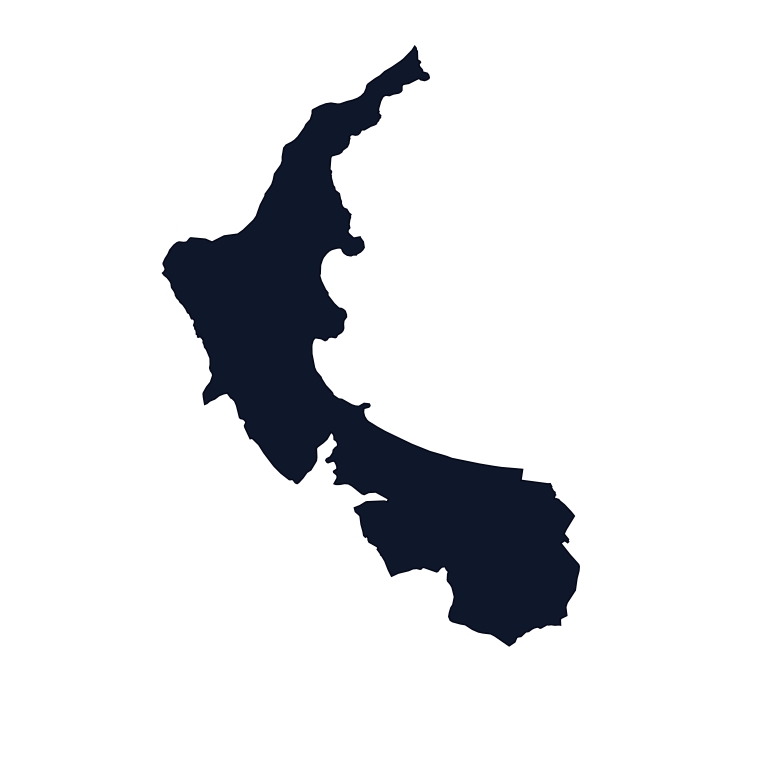 Lien Chieu, Đà Nẵng, Vietnam, rotated 335°
{"feature_id": "81297802B84719552891507", "entity_name": "Lien Chieu", "entity_type": "district", "adm_level": 2, "iso_a3": "VNM", "parent_name": "Vietnam", "parent_adm1": "Đà Nẵng", "projection": "albers", "projection_center": [108.134, 16.122], "detail": "fine", "context": "isolated", "style": "filled", "palette": "ink", "viewbox_px": 768, "rotation_deg": 335, "n_neighbors": 0, "source": "geoboundaries", "source_scale": "gbopen_adm2", "svg_char_len": 6152}
<svg xmlns="http://www.w3.org/2000/svg" viewBox="0 0 768 768"><g transform="rotate(335 384 384)"><path d="M500.7,584.1L499.6,579.4L496.5,569.9L493.8,564.2L493.5,562.6L491.6,560.8L490.3,560.5L490.2,559.3L492.0,557.0L492.6,557.0L492.5,555.8L493.2,554.5L492.2,552.6L491.9,547.8L492.6,547.8L492.5,544.6L490.5,543.9L467.4,529.2L473.5,520.0L455.2,509.5L448.2,504.9L436.7,497.0L414.0,480.2L409.8,475.9L397.0,464.7L383.6,450.4L364.9,427.6L359.5,420.1L353.9,411.5L353.1,409.5L352.6,405.1L353.4,401.0L355.4,397.6L360.5,398.5L361.4,398.2L362.2,397.5L362.2,395.9L357.8,393.2L351.8,393.7L348.8,392.0L345.9,389.3L339.3,380.1L336.5,378.4L333.2,372.7L333.5,370.5L333.2,369.0L330.5,360.7L329.6,353.1L329.8,351.1L327.8,344.0L327.9,339.8L331.3,326.3L334.2,319.7L335.4,317.6L338.2,314.4L340.7,313.1L341.8,313.3L346.4,316.4L348.9,319.8L351.1,319.8L352.9,318.7L354.3,318.5L356.4,319.2L359.5,321.4L360.5,321.4L362.7,319.8L367.1,319.3L369.4,318.2L371.1,316.3L372.5,312.6L374.4,309.5L378.3,307.4L379.2,305.2L379.6,301.6L378.7,299.4L377.3,297.6L375.1,296.2L372.8,290.3L370.5,280.0L371.7,277.5L370.8,274.0L370.6,264.2L371.4,258.6L372.8,257.0L376.7,249.4L380.4,245.4L382.5,243.6L387.1,241.3L390.2,240.3L393.1,240.0L395.4,240.3L399.2,241.0L402.1,242.2L402.9,243.7L402.7,246.4L403.2,248.7L405.1,251.7L408.3,253.9L410.5,253.9L413.5,255.3L414.2,254.7L418.5,254.4L421.6,253.3L423.7,251.9L425.3,246.4L424.4,241.6L424.5,240.6L418.7,239.2L417.9,238.5L415.7,233.0L415.4,231.2L416.7,229.0L418.9,228.1L419.7,224.6L422.4,220.5L423.9,219.0L424.7,217.0L425.6,216.4L424.5,214.2L424.1,210.0L422.0,207.9L421.3,205.5L421.5,202.5L422.5,200.4L422.6,198.1L423.9,192.6L421.5,187.9L422.3,184.7L421.8,182.7L423.4,174.4L424.3,172.6L424.2,171.5L426.1,169.6L426.1,168.3L425.5,166.8L431.2,156.6L432.6,155.3L433.4,155.2L440.4,156.4L442.1,156.2L443.7,155.9L445.4,154.6L450.9,153.5L453.8,151.1L456.1,147.5L456.7,147.3L457.1,145.2L459.3,144.2L461.0,144.6L463.3,146.4L465.6,147.0L468.1,146.3L471.0,144.1L473.6,145.3L480.9,144.7L485.2,145.1L487.1,144.9L488.1,143.8L490.3,143.0L491.2,141.9L493.4,141.0L493.8,139.9L494.4,139.5L493.3,136.0L493.4,135.6L494.6,135.2L494.5,133.9L495.5,132.0L500.5,126.2L503.8,123.6L505.2,123.0L507.6,122.9L510.8,124.9L515.0,125.1L520.3,126.5L521.5,126.4L523.0,126.2L524.4,125.3L526.1,121.6L527.9,120.5L533.5,122.0L544.4,121.7L545.4,122.5L545.8,123.7L549.0,126.1L551.3,126.4L553.8,126.1L554.7,125.0L554.6,124.0L555.0,123.1L554.5,120.7L550.9,117.6L551.5,115.6L550.3,111.0L550.9,108.9L553.0,107.9L553.0,106.8L551.5,104.7L551.6,103.9L554.8,96.5L554.5,94.7L555.1,93.2L554.6,90.9L550.5,93.5L539.1,97.8L535.4,98.7L525.0,100.4L516.7,101.2L510.7,103.1L504.9,103.7L496.3,105.4L494.7,106.3L492.8,108.8L489.3,111.9L484.9,113.5L480.8,114.0L475.4,113.6L469.9,112.5L462.4,111.7L460.1,110.7L454.7,107.1L449.8,105.6L443.3,105.1L435.4,105.4L434.5,106.0L433.3,108.6L429.1,113.3L423.1,115.8L420.2,118.2L410.5,123.7L406.1,125.3L402.4,125.9L396.3,126.1L392.9,127.8L387.9,135.1L386.2,138.9L383.3,141.9L373.6,147.4L369.8,152.5L366.8,155.7L363.5,157.9L356.6,161.7L355.6,163.4L347.6,169.5L339.4,177.9L335.0,180.5L321.3,185.2L314.8,186.4L301.7,182.3L288.1,182.7L283.3,177.3L270.6,169.9L269.5,170.0L265.8,171.8L264.6,171.9L262.2,171.1L258.3,168.7L256.0,168.5L252.2,169.4L246.5,172.1L243.0,175.2L238.7,177.9L234.9,181.2L234.5,182.5L234.6,186.0L234.1,187.9L231.9,189.4L230.2,189.9L230.8,192.6L232.5,195.9L233.5,200.4L233.6,202.7L232.3,206.8L233.1,211.6L233.0,214.1L232.5,215.4L232.7,218.6L233.7,221.2L233.8,223.7L235.3,227.1L236.2,232.3L236.2,236.4L237.4,238.0L237.1,243.2L237.4,243.8L238.3,244.0L239.1,245.6L238.6,247.8L236.3,250.4L236.5,252.6L235.9,254.3L236.4,255.8L235.7,258.2L235.0,259.5L235.8,260.9L235.0,262.6L235.9,263.3L237.7,263.2L238.0,265.2L238.9,266.0L238.5,266.9L238.7,268.1L237.6,270.0L237.6,272.5L237.0,274.8L237.7,277.7L237.3,287.2L234.8,292.9L232.8,295.8L232.4,298.6L232.9,301.4L232.5,303.8L227.5,309.1L222.0,311.8L216.7,315.6L215.9,316.6L214.8,319.7L212.9,326.7L215.2,326.8L218.8,325.8L224.4,326.0L229.7,324.8L234.8,325.1L238.2,326.0L239.4,332.0L240.2,332.8L241.5,336.3L241.3,341.3L238.9,353.4L239.4,354.6L241.8,356.5L242.8,359.6L242.5,360.7L240.0,362.8L239.6,364.4L239.6,377.0L241.1,377.2L241.9,378.1L244.9,386.1L246.1,395.7L248.7,407.8L249.7,412.2L253.0,421.3L257.7,430.5L258.3,431.0L260.5,431.6L261.1,432.4L261.9,436.1L263.2,437.5L265.1,437.2L270.9,434.8L276.7,431.5L281.4,430.9L289.3,425.6L290.4,424.7L292.1,421.9L295.4,413.9L297.0,412.9L304.2,411.4L308.9,409.9L315.6,405.2L316.8,407.6L316.7,410.0L315.4,413.2L316.9,415.8L316.8,418.2L316.5,419.3L315.3,420.9L313.1,421.1L310.2,422.4L308.5,424.9L304.5,427.4L300.4,427.6L299.0,428.6L299.2,430.7L300.0,431.7L304.6,432.1L306.1,432.7L306.6,433.5L306.7,436.4L306.5,438.8L305.5,441.2L301.4,441.8L301.1,442.9L302.8,446.5L302.5,448.1L301.7,449.6L296.6,453.3L297.9,454.6L301.4,456.2L306.3,457.5L309.5,459.3L312.0,462.7L317.6,474.1L319.3,475.8L324.4,475.8L330.9,478.4L339.5,490.2L337.0,492.2L334.7,490.2L318.9,483.6L317.7,483.3L310.7,484.1L304.8,483.7L304.1,487.6L306.4,492.9L306.4,493.9L303.9,501.7L302.7,508.8L301.6,512.8L302.4,515.0L304.2,514.7L304.4,517.2L303.7,518.6L303.6,521.0L309.1,528.6L309.2,530.3L308.0,531.0L309.0,536.0L308.8,537.7L309.4,539.0L310.0,544.8L309.4,554.5L309.6,561.4L317.0,561.4L327.5,563.5L332.0,563.6L335.7,564.9L338.5,567.2L339.8,567.3L341.2,566.5L342.7,567.1L352.3,576.5L353.5,576.6L355.9,575.3L358.8,574.3L361.5,575.0L362.2,575.5L362.2,578.6L363.1,581.4L361.4,583.2L358.7,588.2L358.4,589.5L359.5,593.6L359.8,597.1L357.9,606.7L353.1,613.2L350.1,615.1L346.7,618.9L344.4,622.2L344.2,626.1L345.6,628.3L351.7,633.5L356.0,636.5L360.4,643.6L364.7,648.5L368.4,651.3L375.2,655.5L378.0,659.2L386.8,674.2L393.6,673.1L397.2,669.8L398.5,669.8L401.5,670.7L407.7,668.6L410.6,669.4L414.5,668.6L417.0,668.5L420.1,669.0L421.1,669.6L422.2,671.2L423.2,671.5L430.1,671.0L431.5,672.0L433.7,672.6L436.9,674.7L441.0,676.3L442.1,677.1L444.3,671.8L445.7,671.2L451.8,671.1L454.4,663.1L455.9,661.3L457.8,659.4L470.2,651.7L476.7,641.7L481.7,635.6L483.8,631.9L484.1,630.0L480.3,617.3L476.9,603.0L481.6,602.3L483.4,605.4L484.7,604.9L484.6,603.5L485.5,602.8L483.8,596.0L487.6,592.8L500.7,584.1Z" fill="#0f172a" stroke="#020617" stroke-width="1.5"/></g></svg>